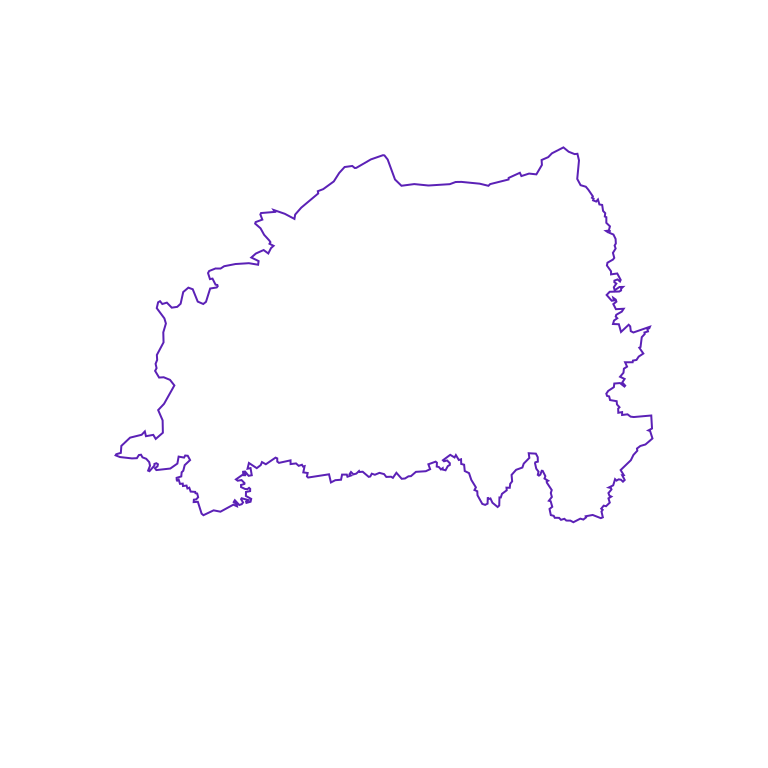 outline of Gaibandha, Rangpur, Bangladesh, rotated 245°
{"feature_id": "16705992B74857221285320", "entity_name": "Gaibandha", "entity_type": "district", "adm_level": 2, "iso_a3": "BGD", "parent_name": "Bangladesh", "parent_adm1": "Rangpur", "projection": "natural_earth1", "projection_center": [89.465, 25.343], "detail": "fine", "context": "isolated", "style": "outline", "palette": "violet", "viewbox_px": 768, "rotation_deg": 245, "n_neighbors": 0, "source": "geoboundaries", "source_scale": "gbopen_adm2", "svg_char_len": 6154}
<svg xmlns="http://www.w3.org/2000/svg" viewBox="0 0 768 768"><g transform="rotate(245 384 384)"><path d="M516.5,649.5L522.6,646.6L522.1,633.7L520.2,628.7L520.4,621.5L515.8,619.7L509.6,610.7L513.4,604.4L514.4,596.4L518.0,596.4L518.1,584.1L516.7,583.3L520.3,564.7L519.5,562.4L525.1,555.4L534.5,539.5L536.8,534.3L537.3,528.1L545.1,508.2L552.4,495.9L556.3,483.6L564.7,480.4L585.9,482.2L591.0,481.0L591.8,479.8L593.1,467.0L591.6,450.2L592.1,448.8L595.0,447.4L597.3,440.0L594.2,432.6L588.8,424.1L586.3,411.3L586.7,405.5L584.5,404.9L578.8,383.5L575.1,375.1L571.5,372.6L580.2,366.0L588.4,357.5L586.1,357.8L590.9,344.8L589.9,343.6L584.4,343.2L585.0,336.1L583.8,335.0L577.3,337.9L569.9,338.4L562.5,340.7L560.6,341.0L559.5,339.5L555.9,342.3L554.9,339.0L551.2,334.3L556.3,331.5L556.4,323.0L554.7,317.2L548.4,322.3L545.3,320.3L550.6,312.6L555.5,300.1L558.3,288.9L557.7,284.7L559.9,280.1L560.3,273.3L558.9,271.4L552.6,270.6L552.0,273.1L545.2,273.3L544.2,274.8L542.9,274.6L542.2,273.2L544.0,266.8L533.7,257.4L532.9,254.0L537.4,250.0L550.7,250.7L554.0,247.4L552.2,240.9L542.7,233.6L541.3,229.2L542.9,223.9L549.5,221.6L550.2,216.9L553.7,216.0L553.5,213.8L548.8,210.1L536.3,212.7L531.0,211.9L524.1,205.8L514.9,201.8L506.3,190.4L501.7,188.6L498.8,185.5L494.5,184.6L492.6,182.1L484.9,182.9L483.2,187.2L478.2,191.8L471.3,193.4L459.0,176.3L455.8,168.3L444.6,168.0L433.3,163.0L430.7,153.9L435.4,153.4L437.3,146.2L442.1,147.2L440.4,142.9L442.7,131.2L438.9,119.8L432.8,116.4L433.5,111.7L432.8,110.6L429.4,113.8L423.1,124.1L421.2,128.7L423.2,131.8L422.6,133.9L419.6,134.1L416.7,136.9L412.4,138.2L408.8,137.4L405.2,133.6L404.1,134.6L407.1,141.4L408.6,142.2L408.4,144.2L406.8,145.2L405.1,143.9L404.5,140.8L402.2,141.3L397.7,154.6L399.2,163.1L405.0,167.2L401.8,171.7L403.2,173.6L401.9,175.8L397.0,176.1L394.7,169.1L390.2,165.4L389.5,163.3L385.9,161.2L386.6,156.4L384.7,155.6L383.8,155.7L384.1,157.5L379.7,156.9L378.8,159.5L376.5,158.7L375.4,162.1L372.4,161.7L372.3,163.7L368.2,163.3L366.0,167.3L364.7,167.0L363.7,168.4L359.9,167.7L358.8,165.0L359.5,162.8L357.4,161.6L355.9,165.5L343.6,163.9L341.4,164.9L341.5,176.2L337.4,181.8L338.3,196.5L335.3,199.1L337.5,199.7L340.5,197.9L341.7,199.7L335.5,201.7L335.2,204.3L336.2,206.2L340.0,205.8L340.6,206.7L336.1,212.0L335.7,209.3L334.4,209.1L333.7,213.3L336.0,215.1L340.9,211.5L344.5,213.3L343.5,217.4L345.5,218.4L346.9,217.8L346.4,215.8L347.6,213.7L351.0,210.9L352.9,211.7L352.4,215.2L353.1,215.7L357.1,214.3L358.2,210.5L360.1,209.5L361.4,216.8L360.0,219.7L361.2,220.7L362.5,218.6L364.0,219.2L363.4,221.1L358.0,222.5L357.2,225.6L364.2,227.5L364.9,224.5L369.5,228.2L361.5,233.1L362.6,238.0L364.8,240.4L361.2,243.0L363.1,254.6L361.7,255.8L358.8,254.5L356.9,255.5L354.3,267.0L350.9,265.5L349.2,270.7L345.9,272.1L345.5,275.5L343.4,275.7L343.1,277.3L338.0,273.5L335.6,277.2L332.8,275.1L331.3,275.7L325.4,296.0L317.2,294.3L317.4,299.2L315.4,304.6L319.6,307.7L317.6,312.0L315.4,311.7L315.0,315.5L316.8,314.6L318.2,316.9L315.0,318.1L314.5,321.1L315.7,324.6L314.6,324.6L313.5,327.6L306.3,330.9L306.0,332.5L307.9,335.0L305.6,337.4L305.4,342.3L302.3,346.0L298.8,346.8L297.0,351.2L295.2,352.4L298.3,357.7L290.6,360.0L289.5,363.1L290.0,367.1L289.1,369.5L290.9,375.8L287.3,385.0L287.3,389.8L292.5,390.3L291.8,398.0L290.3,398.7L286.9,396.9L285.6,398.6L282.5,399.5L282.9,401.6L281.6,401.1L279.8,403.3L282.6,407.1L282.8,409.4L284.4,410.2L288.0,408.9L288.6,405.7L290.0,405.2L291.8,414.1L287.6,416.9L289.2,419.1L283.5,419.7L283.2,422.0L278.9,420.2L277.0,422.5L271.0,420.4L267.3,423.4L260.2,422.6L251.5,423.6L249.7,421.2L247.4,423.2L243.6,421.7L233.8,422.4L231.7,424.6L231.8,427.3L237.5,430.2L235.5,430.1L235.3,432.1L230.6,432.1L224.5,435.0L225.2,437.1L232.4,440.7L231.8,441.9L234.6,444.5L235.8,450.3L238.3,451.2L236.8,454.1L240.2,456.2L241.6,459.0L247.7,461.2L250.4,467.5L249.8,474.1L252.8,477.0L255.6,484.5L260.1,485.9L256.7,492.2L252.7,492.4L248.6,490.6L249.1,488.1L248.4,487.4L242.9,486.2L239.2,487.0L236.7,485.0L235.5,485.7L235.8,487.4L238.7,490.3L238.2,491.1L232.3,491.3L230.5,489.5L227.0,491.8L227.0,490.3L225.8,489.9L217.0,491.2L214.7,489.1L210.7,488.4L208.5,484.1L207.3,485.5L201.6,484.6L200.8,481.2L194.7,479.8L192.8,482.1L190.6,482.2L188.7,486.1L186.1,487.0L185.6,490.5L183.2,491.5L181.4,495.2L178.7,497.2L179.0,505.0L176.9,507.4L177.7,510.8L178.9,510.9L177.1,517.8L170.8,523.8L170.7,526.0L176.5,527.2L177.5,529.0L179.2,528.2L180.9,531.7L179.4,533.6L181.1,538.5L185.5,539.1L185.9,542.4L187.5,541.1L190.3,541.3L192.3,545.6L193.8,545.7L195.2,544.0L195.3,548.9L200.1,553.2L198.2,553.9L198.4,556.4L197.1,558.3L194.5,559.3L195.3,561.6L200.7,561.3L200.1,562.8L206.0,562.1L210.6,575.5L214.3,580.1L216.5,585.4L218.6,586.0L219.5,590.1L218.7,595.4L221.2,604.3L228.9,605.3L230.2,604.0L230.4,608.1L242.5,612.9L248.5,596.4L250.2,593.7L253.6,591.9L255.3,586.7L257.9,587.9L258.9,584.2L262.7,585.8L263.4,587.6L267.0,586.5L270.1,587.6L273.9,582.1L277.6,582.8L279.0,581.1L281.3,581.4L283.0,584.3L284.0,591.0L287.1,592.9L285.1,598.3L280.1,600.8L280.6,601.9L284.7,600.6L286.9,604.2L290.8,601.0L293.0,605.8L296.5,607.9L297.0,611.6L301.8,611.7L298.6,618.5L300.0,619.5L299.1,623.0L301.2,626.4L302.0,631.9L309.0,630.7L309.1,632.1L317.5,637.4L319.1,641.4L320.6,641.8L320.1,645.5L322.5,645.9L322.4,648.0L323.5,649.2L325.3,631.8L327.6,630.0L332.2,631.5L334.3,630.8L331.0,620.8L338.9,622.1L341.6,616.9L344.3,619.3L345.0,623.2L347.2,622.5L348.6,623.8L349.1,630.1L350.9,633.0L353.8,625.8L359.5,625.6L360.4,629.4L362.5,629.7L365.2,628.2L362.6,627.7L363.2,625.6L370.6,623.4L372.2,627.5L368.4,636.3L368.6,638.4L370.2,639.2L371.0,641.6L372.4,638.4L371.5,632.7L374.6,633.2L376.8,637.0L378.9,635.8L380.3,636.5L380.1,639.8L377.2,641.2L378.3,642.5L385.6,642.1L387.4,636.1L390.2,637.4L397.2,636.1L399.5,637.8L400.0,644.1L401.0,646.0L406.1,646.9L408.9,651.2L412.0,651.5L413.4,653.5L417.6,655.2L422.5,655.1L425.7,652.2L426.8,653.0L426.9,651.1L428.9,649.9L428.1,652.6L431.4,655.4L436.1,653.6L441.2,656.0L442.5,654.9L445.3,656.7L448.3,655.7L454.1,657.4L455.7,655.1L460.8,655.9L459.7,653.4L462.1,651.1L463.4,652.3L464.9,651.2L465.8,652.6L473.7,651.3L477.5,650.3L481.1,646.2L488.2,645.8L504.2,655.2L510.9,656.6L511.8,653.9L516.5,649.5Z" fill="none" stroke="#5b21b6" stroke-width="2"/></g></svg>